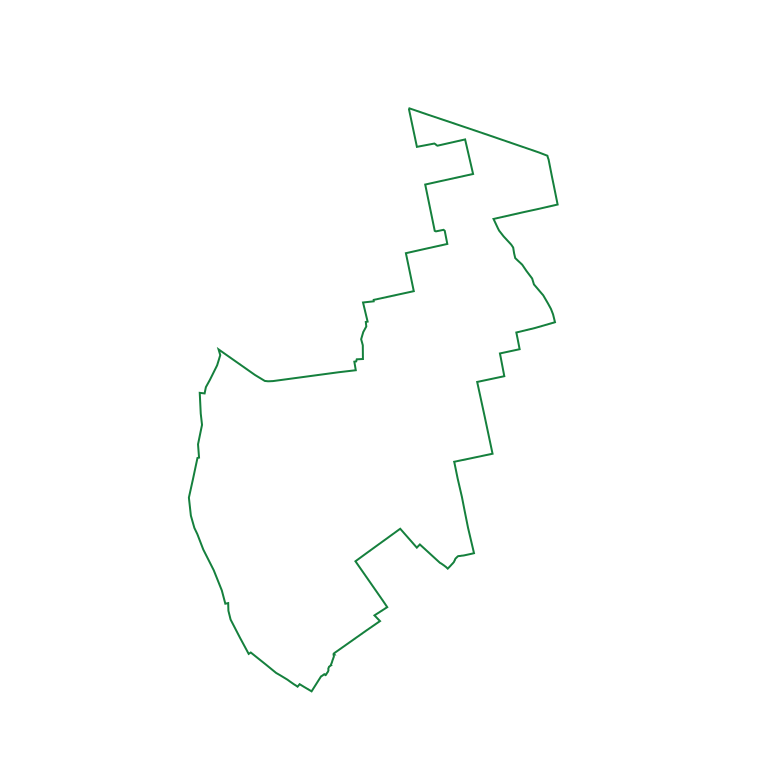 Seaca, Teleorman, Romania (Mercator projection), rotated 56°
{"feature_id": "2599482B69816057768197", "entity_name": "Seaca", "entity_type": "district", "adm_level": 2, "iso_a3": "ROU", "parent_name": "Romania", "parent_adm1": "Teleorman", "projection": "mercator", "projection_center": [25.083, 43.758], "detail": "fine", "context": "isolated", "style": "outline", "palette": "green", "viewbox_px": 768, "rotation_deg": 56, "n_neighbors": 0, "source": "geoboundaries", "source_scale": "gbopen_adm2", "svg_char_len": 3057}
<svg xmlns="http://www.w3.org/2000/svg" viewBox="0 0 768 768"><g transform="rotate(56 384 384)"><path d="M262.8,501.8L268.5,503.6L271.9,507.8L275.2,511.9L283.2,526.0L287.0,533.4L291.5,538.0L288.3,541.7L306.1,552.5L316.1,557.7L320.3,562.0L330.0,571.9L341.6,578.5L341.0,580.0L355.5,595.0L369.1,609.3L385.1,617.7L397.3,621.7L404.1,622.7L420.2,626.4L443.2,629.3L464.5,633.9L477.4,638.4L478.5,635.7L485.0,639.8L493.5,642.9L514.0,645.3L532.1,647.1L532.1,644.6L550.9,638.7L563.2,635.0L567.1,633.1L575.1,629.4L578.4,628.2L582.8,626.5L584.3,625.8L586.6,624.9L585.7,621.8L590.3,619.7L598.3,615.9L591.2,599.7L591.3,599.0L591.3,598.2L591.3,597.5L591.2,596.8L591.2,595.9L591.3,595.6L591.5,595.4L592.0,595.4L592.3,595.4L592.6,595.4L592.7,595.2L592.6,594.7L592.4,594.2L591.9,593.2L591.7,592.8L591.5,592.2L591.2,591.4L590.9,591.0L590.4,590.3L590.1,590.0L589.2,589.6L588.9,589.3L588.7,589.2L588.2,588.4L587.7,587.7L587.6,586.0L587.6,585.6L587.6,585.4L587.4,585.5L586.5,584.1L585.6,582.8L584.2,581.1L583.4,579.9L582.6,578.9L582.3,578.4L582.0,578.1L581.7,577.8L581.3,577.6L580.9,577.4L580.4,577.3L580.2,577.2L580.0,576.5L580.2,576.3L579.4,576.3L579.3,575.2L578.5,536.7L578.3,519.9L576.7,520.2L570.5,521.3L570.5,520.3L570.6,516.6L570.7,511.1L570.8,506.1L569.4,506.1L563.2,506.1L515.0,506.8L514.5,494.1L513.1,452.4L513.1,451.5L538.0,448.3L537.1,444.0L563.2,437.7L563.6,437.6L564.5,437.1L565.7,436.6L566.8,436.2L567.5,435.9L568.1,435.7L568.7,435.5L569.6,435.2L570.1,435.0L571.4,434.7L572.7,434.4L572.5,433.4L572.1,431.4L571.6,429.3L571.4,428.6L571.3,427.9L571.0,426.8L570.8,426.0L570.7,425.7L570.4,425.1L569.9,424.4L569.7,423.8L569.5,423.6L569.3,423.4L569.1,423.1L569.0,422.9L568.7,422.2L568.4,420.5L568.2,419.5L568.2,418.7L569.4,416.5L569.8,415.5L570.3,414.7L570.9,413.4L572.1,410.4L572.5,409.4L573.5,406.9L574.6,404.0L571.5,402.8L550.1,394.7L534.3,388.1L527.2,385.1L521.3,382.6L505.9,376.7L503.8,375.9L502.1,375.2L488.3,369.5L487.7,369.3L494.2,353.5L495.0,351.5L502.5,333.0L502.0,332.8L467.7,318.9L434.4,305.6L441.7,287.6L444.8,279.9L427.3,272.4L423.5,270.8L431.0,252.1L421.1,247.9L415.3,245.5L422.0,227.5L428.4,207.7L420.8,204.9L415.1,203.6L408.8,203.0L399.4,202.4L397.0,202.7L385.3,204.0L379.4,202.2L369.6,202.7L362.4,202.7L356.7,204.0L353.0,204.8L348.5,203.1L343.1,200.6L339.6,200.6L328.5,202.3L321.2,202.8L318.7,202.5L310.4,201.2L308.4,200.9L319.7,171.9L324.7,159.4L332.3,139.7L315.0,132.5L306.0,128.8L289.9,122.0L288.2,121.6L286.1,120.9L282.1,123.7L278.8,126.0L243.8,152.4L241.4,154.2L212.2,176.4L185.8,196.6L169.7,208.8L170.3,209.7L205.8,224.1L212.8,207.8L214.1,207.2L215.5,206.9L216.4,206.3L216.8,205.2L226.6,180.0L259.7,192.7L246.8,225.3L241.7,238.3L285.4,256.3L286.5,255.6L289.5,248.4L291.0,248.0L300.0,251.8L303.3,253.2L295.5,273.0L290.5,285.8L287.8,292.7L323.7,307.4L308.5,345.5L309.7,346.3L304.7,355.8L323.1,362.7L322.4,364.4L326.4,366.5L329.3,372.1L334.1,377.9L340.0,379.9L351.5,387.5L348.3,392.8L349.7,394.4L348.9,396.1L356.8,399.7L348.8,415.2L319.5,474.4L317.0,478.5L314.8,481.1L304.4,485.9L262.8,501.8Z" fill="none" stroke="#15803d" stroke-width="2"/></g></svg>